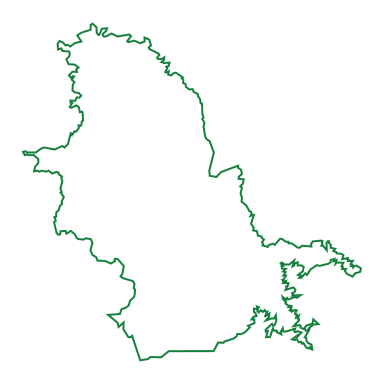 São Francisco de Paula, Rio Grande do Sul, Brazil
{"feature_id": "56859067B57132169155590", "entity_name": "São Francisco de Paula", "entity_type": "district", "adm_level": 2, "iso_a3": "BRA", "parent_name": "Brazil", "parent_adm1": "Rio Grande do Sul", "projection": "mercator", "projection_center": [-50.466, -29.166], "detail": "fine", "context": "isolated", "style": "outline", "palette": "green", "viewbox_px": 384, "rotation_deg": 0, "n_neighbors": 0, "source": "geoboundaries", "source_scale": "gbopen_adm2", "svg_char_len": 5904}
<svg xmlns="http://www.w3.org/2000/svg" viewBox="0 0 384 384"><path d="M361.0,268.4L356.5,265.6L354.2,266.1L353.2,267.5L352.9,266.1L351.1,266.1L352.3,264.6L350.6,264.0L352.8,260.9L348.0,261.1L348.7,259.7L347.3,259.3L347.7,258.1L342.2,259.1L343.4,255.2L341.2,253.7L336.7,253.4L336.2,252.0L333.3,251.1L335.2,248.8L330.6,247.7L330.9,245.1L329.0,242.9L329.0,241.2L327.4,241.4L326.6,242.9L326.7,250.3L323.0,245.7L321.4,245.7L322.5,244.0L321.8,242.8L322.5,241.0L321.4,240.6L312.9,241.4L311.1,243.8L311.4,246.5L302.0,245.7L299.7,247.7L297.7,247.6L291.6,243.3L288.5,243.3L288.5,241.8L285.7,241.7L282.0,238.9L280.0,238.8L274.7,244.9L272.8,243.7L268.7,245.1L267.9,246.9L262.5,245.4L263.2,243.9L262.0,242.2L263.9,239.6L261.7,237.7L261.6,236.4L257.9,235.7L256.9,231.1L253.1,230.4L253.7,227.6L251.1,223.8L253.8,215.0L250.5,215.9L251.8,213.9L250.9,211.6L249.5,211.4L246.2,205.4L241.5,201.5L242.0,197.7L240.6,193.8L241.9,187.6L240.2,186.3L242.8,183.9L243.7,179.4L238.5,178.8L238.9,176.6L241.9,174.1L241.1,169.9L238.0,167.7L238.1,165.7L220.9,172.1L216.5,177.0L209.8,175.8L209.3,170.6L213.9,152.4L209.5,141.0L206.6,139.3L205.1,136.1L203.6,126.8L204.4,122.5L202.2,118.9L203.5,117.6L202.4,114.1L202.0,103.7L200.6,103.3L200.1,99.2L197.7,95.7L197.7,93.9L193.8,92.1L192.6,89.1L189.4,89.5L185.9,86.9L185.6,84.1L183.2,83.1L183.3,79.9L181.8,78.5L182.9,77.6L181.4,76.4L176.0,72.8L174.2,72.8L171.1,75.4L168.3,74.7L168.7,71.2L166.5,72.6L165.3,72.1L167.3,68.0L166.3,66.7L168.7,66.0L169.6,62.6L164.2,63.0L161.5,62.1L164.0,60.1L164.3,57.4L161.5,59.1L157.7,58.9L157.1,57.6L159.3,55.0L158.6,53.6L149.2,48.9L148.8,47.4L151.0,45.3L149.1,39.5L144.5,37.6L144.6,41.5L140.2,43.2L134.5,40.7L128.3,42.1L127.2,41.2L131.0,36.2L129.3,34.5L117.6,36.5L111.6,33.5L106.2,36.4L104.0,36.5L102.8,35.6L102.7,33.9L106.2,30.9L107.1,28.3L102.0,28.7L99.2,34.9L98.1,34.7L96.7,32.7L96.5,27.2L92.5,23.7L90.7,24.9L90.5,29.8L81.9,32.5L77.3,35.3L81.4,41.5L74.9,43.1L70.3,46.5L67.5,44.8L65.5,45.4L63.0,42.6L59.6,41.0L57.6,43.8L58.0,49.5L61.3,48.4L62.4,51.0L69.2,51.5L69.9,53.9L69.0,56.6L66.4,59.2L68.6,64.2L74.8,64.6L78.5,67.5L76.2,69.3L77.0,71.9L72.5,71.7L69.0,75.4L71.2,78.0L72.7,76.1L74.0,76.5L71.9,79.9L74.4,82.0L72.8,84.7L72.5,90.5L74.9,92.4L78.9,93.1L81.2,95.6L79.4,97.7L76.8,97.4L75.2,100.8L70.5,100.5L70.4,102.5L72.3,102.9L69.7,107.1L71.4,107.8L76.4,105.4L78.8,107.2L79.9,112.2L82.1,111.7L82.7,113.0L83.0,120.7L81.7,121.7L81.5,124.8L80.5,125.9L78.6,125.3L78.9,127.9L76.1,131.6L74.2,131.4L72.9,134.2L70.9,133.3L71.4,135.4L70.2,135.2L68.0,143.9L64.6,147.5L62.3,146.0L54.7,149.5L44.4,147.5L41.4,148.4L35.8,152.5L27.0,152.4L25.4,151.2L23.0,151.9L24.8,155.2L27.5,154.3L28.6,155.2L33.8,155.0L38.3,159.2L38.3,162.9L35.2,166.7L34.1,171.3L37.4,170.7L39.6,171.7L41.3,170.7L46.3,171.7L48.5,170.6L52.2,173.6L56.2,171.9L58.7,172.8L58.7,174.3L62.0,176.5L61.3,177.8L62.3,181.3L60.4,188.8L61.7,192.0L60.6,192.7L63.8,197.0L61.6,201.9L62.1,203.9L60.0,205.7L58.7,210.1L56.3,212.4L56.1,216.7L54.4,217.1L55.8,220.8L54.0,222.1L56.7,233.4L58.6,234.8L60.1,234.3L60.6,231.3L65.6,230.9L66.5,233.7L70.8,230.9L75.2,234.7L76.4,237.7L78.1,239.0L83.7,239.6L85.8,238.3L90.7,239.1L92.5,242.9L90.4,250.2L92.4,254.9L96.1,257.1L97.5,260.6L105.1,261.0L110.8,263.5L115.0,261.2L114.5,259.5L115.2,258.7L117.8,259.2L123.8,266.1L122.3,273.9L120.5,276.4L123.3,278.3L132.9,281.1L134.5,284.3L133.7,288.1L135.0,289.6L134.8,293.5L134.1,297.0L130.1,300.7L128.7,305.4L125.7,307.8L121.6,309.1L119.9,314.0L108.2,314.9L117.7,322.9L118.6,327.0L123.6,322.5L123.4,329.2L128.4,337.2L130.9,337.1L132.1,335.8L140.2,360.3L147.7,359.1L150.6,357.0L161.2,357.3L168.7,351.2L213.6,351.1L218.2,342.5L223.5,342.8L224.5,341.5L233.2,338.7L236.6,336.4L237.4,333.9L241.1,334.2L245.0,332.2L249.8,327.4L248.0,325.8L254.4,323.2L254.3,319.3L251.5,319.5L253.4,316.8L256.5,316.1L255.5,313.0L254.0,311.9L253.9,308.6L256.1,309.0L257.2,308.2L256.9,306.5L258.9,307.3L257.2,310.7L258.8,312.5L260.8,310.2L262.9,311.9L264.7,310.1L265.4,311.5L267.4,311.5L264.7,316.8L269.4,313.4L268.9,316.9L265.9,320.5L271.8,318.4L274.0,318.6L275.8,315.1L276.3,320.4L274.9,324.7L273.3,326.0L272.0,323.8L265.6,329.7L265.8,331.6L267.8,331.0L266.1,337.2L270.0,337.0L272.9,328.3L274.0,330.7L276.7,330.6L276.9,332.2L281.3,334.3L280.7,332.0L282.7,328.2L283.3,331.5L285.8,331.6L295.1,328.6L294.3,331.4L295.5,332.3L297.5,331.2L301.5,332.5L297.4,336.8L297.4,335.3L292.1,339.3L294.9,340.1L296.6,339.0L298.7,342.3L301.2,341.8L301.8,343.7L303.4,343.0L306.5,347.8L308.4,348.4L309.7,347.2L310.3,348.7L312.3,349.5L311.5,344.6L307.9,342.9L306.4,340.5L306.1,337.5L304.8,337.3L309.0,330.1L307.1,330.5L309.9,327.3L313.7,324.5L318.4,324.1L313.3,319.3L312.5,323.7L306.4,325.6L304.7,327.8L305.0,329.6L300.5,327.6L300.7,325.6L299.7,325.1L293.6,326.1L299.1,320.3L299.0,319.0L297.8,318.7L298.9,315.5L296.1,317.4L296.8,314.5L294.9,313.9L296.7,310.4L295.0,310.0L291.9,311.8L289.9,310.4L291.4,309.6L290.5,309.0L291.8,306.4L290.3,305.8L289.9,307.0L288.4,307.1L289.0,306.0L285.4,303.5L286.1,302.0L283.1,299.3L282.6,296.9L285.0,299.1L286.9,298.1L286.6,299.4L288.8,299.3L294.9,297.0L297.0,297.8L300.6,295.1L292.4,295.6L293.4,294.4L292.1,293.2L295.1,291.5L295.4,289.7L293.3,287.4L285.6,289.9L286.7,287.9L286.0,286.6L287.7,286.1L288.4,283.2L282.9,282.9L283.4,280.7L282.4,279.9L283.7,279.4L286.0,275.6L283.4,275.6L285.6,272.2L283.1,271.5L285.7,268.9L282.0,268.6L281.5,266.1L283.1,265.8L280.7,263.4L281.9,262.5L284.4,264.4L289.1,264.6L294.3,260.4L292.5,266.4L294.2,265.6L294.8,263.4L297.7,262.3L297.7,265.5L301.0,265.3L303.7,266.8L302.9,271.2L298.1,274.9L300.9,275.5L299.1,277.8L301.1,277.8L305.3,273.3L306.9,275.0L310.6,269.3L316.9,265.1L319.4,265.9L328.2,263.8L330.4,262.4L330.9,259.9L334.4,258.9L333.5,261.3L336.5,260.1L335.5,263.8L336.9,262.5L343.4,262.8L341.4,266.5L342.9,267.0L342.1,269.0L345.9,269.0L344.8,270.9L347.0,273.9L352.6,276.6L355.3,273.2L360.1,271.9L361.0,268.4ZM284.5,282.7L286.0,282.1L286.2,280.9L285.0,281.3L284.5,282.7Z" fill="none" stroke="#15803d" stroke-width="2"/></svg>